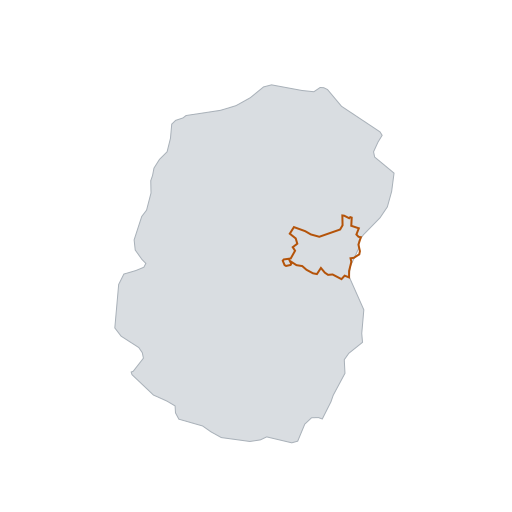 North Macedonia, with Kavadartsi highlighted, rotated 300°
{"feature_id": "MKD-2936", "entity_name": "Kavadartsi", "entity_type": "Statistical Region", "adm_level": 1, "iso_a3": "MKD", "parent_name": "North Macedonia", "parent_adm1": "", "projection": "equal_earth", "projection_center": [22.013, 41.306], "detail": "coarse", "context": "in_parent", "style": "outline", "palette": "amber", "viewbox_px": 512, "rotation_deg": 300, "n_neighbors": 0, "source": "natural_earth", "source_scale": "10m", "svg_char_len": 1775}
<svg xmlns="http://www.w3.org/2000/svg" viewBox="0 0 512 512"><g transform="rotate(300 256 256)"><path d="M233.2,137.3L241.0,138.3L258.0,133.6L268.6,127.2L273.9,126.2L281.1,123.7L291.4,124.1L301.8,126.9L315.1,123.1L328.1,117.1L333.3,118.6L339.0,123.7L342.7,125.2L364.4,152.4L376.2,163.5L390.2,171.9L406.2,178.0L412.0,183.9L422.3,213.0L427.2,224.0L434.0,227.3L435.6,230.5L435.9,234.7L428.4,255.2L425.5,301.3L423.6,304.9L415.6,304.7L405.0,305.7L401.0,309.3L396.8,334.1L379.7,341.2L364.2,345.2L351.1,344.3L328.1,338.4L320.5,337.7L314.1,341.1L293.6,342.9L284.5,347.2L263.3,376.3L241.8,386.3L234.5,391.4L218.1,385.0L210.3,384.3L198.9,391.7L174.0,392.5L167.2,393.8L148.0,394.9L147.3,390.9L143.7,385.0L134.8,382.3L116.5,384.7L112.1,380.4L104.7,355.7L98.9,351.7L92.3,343.4L81.4,316.7L81.2,304.9L82.1,294.7L76.1,270.8L79.9,264.7L85.7,260.9L85.8,251.3L84.3,236.7L91.2,208.0L93.1,205.9L94.8,207.3L111.2,209.6L115.4,205.9L118.1,200.3L119.1,179.3L123.1,169.7L162.7,151.3L174.3,150.6L183.2,159.1L190.2,164.5L194.5,164.3L196.0,158.9L200.8,148.4L209.0,142.4L233.0,137.3L233.2,137.3Z" fill="#d9dde1" stroke="#a8b0b8" stroke-width="1"/><path d="M324.7,337.4L317.1,339.0L312.1,343.6L309.1,344.6L303.4,341.7L301.3,339.0L298.6,341.5L289.6,344.1L284.0,347.3L283.3,342.6L278.7,341.6L278.3,331.6L275.7,327.8L276.0,323.9L278.1,318.2L270.8,317.8L269.5,314.0L269.3,306.6L270.4,301.1L268.3,295.6L268.7,287.7L266.9,290.4L265.5,290.4L262.4,287.0L262.4,285.3L265.3,281.5L266.9,281.8L271.2,287.3L280.1,287.2L282.0,283.4L287.3,285.6L291.1,281.6L292.2,274.1L300.0,274.4L302.1,286.2L302.1,292.7L304.3,301.2L321.0,315.6L325.9,315.6L334.3,310.5L335.0,312.2L335.3,317.8L336.8,318.2L337.1,319.7L329.8,323.4L331.4,331.2L324.8,332.2L323.9,335.2L324.7,337.4Z" fill="none" stroke="#b45309" stroke-width="2"/></g></svg>